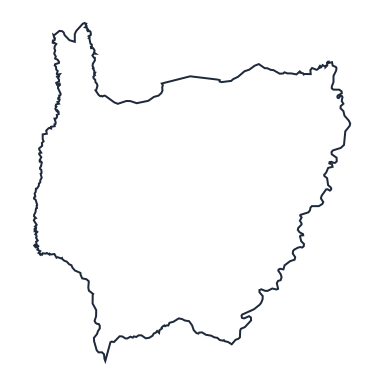 the district of Ribeirão Cascalheira, Mato Grosso, Brazil
{"feature_id": "56859067B50708946620242", "entity_name": "Ribeirão Cascalheira", "entity_type": "district", "adm_level": 2, "iso_a3": "BRA", "parent_name": "Brazil", "parent_adm1": "Mato Grosso", "projection": "mercator", "projection_center": [-51.621, -12.878], "detail": "fine", "context": "isolated", "style": "outline", "palette": "slate", "viewbox_px": 384, "rotation_deg": 0, "n_neighbors": 0, "source": "geoboundaries", "source_scale": "gbopen_adm2", "svg_char_len": 5688}
<svg xmlns="http://www.w3.org/2000/svg" viewBox="0 0 384 384"><path d="M53.5,34.9L54.3,38.0L55.0,38.3L54.6,40.1L52.9,40.5L52.7,42.7L53.3,43.0L53.6,42.3L56.3,44.0L54.8,46.1L54.4,48.5L55.2,50.5L54.2,53.6L55.8,56.5L55.1,58.5L57.7,59.8L59.1,62.1L58.9,63.0L55.1,64.2L54.7,65.3L56.0,66.8L56.2,69.5L57.7,71.0L56.8,73.9L57.2,74.6L59.8,74.2L58.7,75.7L59.0,76.6L57.2,76.9L59.1,79.8L59.0,81.4L56.2,82.9L57.1,84.8L59.6,83.7L60.0,84.8L58.0,86.8L58.0,88.1L60.7,93.9L60.3,95.2L59.2,95.5L59.4,97.2L58.5,97.6L58.1,98.8L59.6,99.4L59.1,101.3L57.5,102.0L58.9,103.7L56.3,104.3L55.8,105.1L55.7,106.3L56.4,106.6L55.3,108.7L56.4,110.8L57.2,111.5L57.5,110.6L58.5,111.7L58.7,114.1L56.8,114.9L57.0,117.1L56.0,118.5L54.5,118.6L55.7,122.3L55.4,124.1L54.5,124.3L54.7,126.2L51.0,126.8L51.1,128.5L49.2,127.9L48.4,128.4L46.2,130.7L46.8,133.7L42.7,134.4L42.7,139.1L43.6,141.3L41.9,143.0L42.2,145.8L39.2,148.3L39.2,149.5L41.2,152.7L39.4,153.2L39.1,154.1L41.3,157.2L39.6,160.3L39.9,162.5L40.4,161.0L41.8,162.4L41.0,166.3L40.1,167.6L40.1,169.0L41.2,169.8L41.5,171.1L41.5,173.1L40.6,173.8L41.7,177.7L40.3,180.2L40.2,182.4L38.9,183.6L38.8,185.8L37.0,188.5L35.9,188.7L35.7,191.9L34.6,193.5L35.3,196.6L34.1,197.5L34.0,198.6L35.6,199.7L37.2,205.0L36.6,205.7L37.0,208.0L36.0,208.4L35.5,212.1L34.1,214.9L34.0,216.2L35.9,218.1L34.7,218.7L33.8,220.4L36.7,224.9L35.0,226.6L36.1,227.4L36.0,228.5L34.6,228.9L34.6,230.8L35.5,230.3L35.2,231.4L36.0,232.1L36.7,231.4L37.3,231.9L35.3,234.3L36.3,235.1L36.6,236.7L36.0,237.7L37.7,240.6L36.1,241.7L36.6,244.5L34.8,244.8L34.2,245.6L35.5,247.1L36.7,245.6L37.5,245.4L38.3,246.1L37.1,247.5L38.0,248.7L37.4,249.7L40.2,251.1L38.6,252.9L39.9,253.4L39.9,254.4L40.7,254.9L41.1,254.2L42.2,254.6L42.6,253.3L45.9,253.6L46.8,253.0L49.4,254.5L49.7,253.8L50.7,254.5L54.4,254.0L56.5,257.7L57.6,257.2L61.1,258.4L62.0,258.0L62.2,258.9L64.1,260.6L66.8,261.7L69.3,264.4L71.4,265.2L72.5,267.7L74.9,270.5L80.4,272.9L80.6,274.8L82.2,278.4L86.4,279.2L88.8,281.3L88.3,287.7L88.9,290.7L93.2,294.0L92.7,294.9L92.6,303.5L96.2,310.1L96.1,316.2L94.6,320.9L95.6,322.9L97.2,323.9L98.7,324.0L99.7,325.5L99.8,328.4L97.9,331.3L97.0,334.1L93.9,337.9L94.1,341.2L96.7,350.3L98.5,352.3L102.0,352.3L104.0,354.3L104.5,358.9L105.3,361.0L110.4,342.3L111.5,341.6L114.0,342.0L119.6,336.3L122.2,336.4L125.6,338.5L127.4,338.4L130.4,336.7L132.8,337.6L133.9,336.4L136.3,337.0L138.5,335.4L140.3,335.3L141.6,335.4L145.7,338.3L149.2,337.8L152.6,335.7L153.7,333.6L155.8,332.7L157.1,331.0L159.1,332.9L159.4,330.3L161.9,328.5L161.6,327.6L162.9,326.3L164.4,325.4L165.1,326.2L167.0,325.3L168.3,325.5L169.5,322.8L173.3,321.8L178.8,318.4L182.2,319.1L184.8,320.5L189.1,321.2L192.1,325.4L193.7,330.1L196.5,333.1L198.4,333.6L199.2,332.6L202.0,332.4L206.0,334.8L211.3,335.7L213.9,337.2L217.4,337.9L219.7,340.0L223.1,340.7L223.9,340.2L224.7,341.2L228.1,342.0L231.7,344.3L235.6,339.8L238.5,338.7L239.9,337.4L240.2,330.5L240.9,328.8L244.9,327.1L251.1,320.4L250.9,317.5L249.1,316.2L244.1,318.4L242.0,317.9L241.5,315.8L242.1,314.6L253.9,309.3L259.7,304.7L261.2,302.7L262.6,299.2L262.7,296.0L259.5,292.3L259.4,290.1L261.3,289.3L265.3,290.9L267.5,290.9L272.3,288.5L276.5,289.5L278.1,288.8L276.8,283.1L278.1,280.9L280.6,280.2L281.6,277.2L280.7,274.2L278.3,270.7L278.6,269.5L280.1,268.8L283.4,269.4L284.6,265.3L290.2,261.1L294.6,259.7L295.2,257.2L292.8,253.6L293.0,251.2L294.0,249.8L297.8,247.7L300.1,247.1L302.3,247.5L303.7,246.3L304.0,244.0L301.2,241.2L300.0,236.3L300.7,235.5L303.2,235.3L303.0,234.1L299.6,232.3L297.8,229.9L298.3,227.9L301.5,224.6L301.6,223.6L299.9,220.7L301.6,217.4L300.2,215.7L300.4,214.9L308.5,212.3L310.0,210.2L310.5,207.6L311.9,206.1L318.9,206.1L322.3,204.0L323.3,202.1L320.9,198.4L321.6,195.8L326.2,189.3L327.6,189.3L329.9,190.6L330.9,189.8L331.3,188.7L330.8,187.5L328.1,185.1L327.1,178.2L324.4,176.0L324.1,175.0L326.2,172.5L328.2,167.9L332.6,166.8L332.0,164.4L329.3,163.4L329.6,162.1L331.3,161.8L334.0,162.9L335.2,162.8L336.7,161.4L336.6,157.7L331.8,154.3L331.5,152.1L332.9,150.4L340.8,147.9L344.0,144.9L345.3,131.3L349.6,126.0L350.2,123.5L348.8,120.6L344.5,115.7L343.4,111.1L340.5,108.3L340.7,106.1L343.4,103.8L341.7,101.0L342.5,97.1L341.8,96.0L340.6,95.8L338.7,98.1L337.8,97.9L337.3,96.9L337.7,95.6L341.8,93.3L341.6,91.4L339.3,89.7L333.3,89.6L331.8,88.4L331.8,86.5L333.5,82.0L333.5,75.9L336.1,70.7L336.5,68.0L335.8,66.9L332.7,65.6L332.0,62.2L329.0,62.9L328.9,61.7L328.0,61.7L327.0,62.7L327.3,65.4L325.6,67.1L325.7,65.8L324.6,66.3L322.6,65.1L321.4,67.0L320.0,65.8L319.4,66.5L320.2,68.5L319.1,67.5L317.6,69.4L316.5,69.8L312.1,68.0L310.4,70.1L310.7,74.1L304.6,74.0L303.7,74.5L303.2,73.4L300.2,72.7L300.5,72.0L299.8,71.4L296.5,74.4L291.2,73.4L287.3,73.4L284.6,72.3L283.1,73.5L279.7,73.7L273.4,70.1L270.9,69.9L267.2,68.2L264.8,68.2L258.8,64.1L254.7,65.7L249.2,69.7L244.6,71.2L237.9,76.9L233.2,79.1L231.2,80.9L221.6,82.1L219.6,81.5L219.8,80.2L217.7,79.6L190.2,76.3L161.8,83.5L162.8,85.2L162.2,87.6L162.5,90.6L161.3,93.1L158.6,95.6L153.9,96.9L148.3,100.8L136.7,103.2L130.4,101.1L126.3,101.0L117.8,103.8L114.3,102.4L105.5,96.0L104.2,95.6L102.4,96.5L101.5,95.9L100.3,96.2L98.6,94.9L95.5,90.3L96.2,90.0L97.5,85.8L96.8,83.6L95.5,82.2L95.2,79.8L93.7,78.4L93.3,76.8L94.9,75.2L94.2,74.6L95.1,72.8L94.2,72.8L94.4,71.1L92.9,68.4L93.6,68.0L92.6,66.0L92.8,63.9L94.9,60.4L94.8,57.8L93.8,57.6L92.4,55.4L93.7,53.6L95.6,53.7L94.0,52.5L94.6,50.6L93.8,49.1L93.0,48.1L91.1,48.2L90.9,46.9L91.9,46.9L91.8,44.6L90.4,43.6L89.5,38.7L88.8,38.2L89.6,37.5L89.5,36.5L88.8,36.1L90.9,34.8L90.6,32.0L89.8,31.1L87.8,31.2L87.2,30.0L88.1,29.6L87.0,27.9L85.1,27.3L86.6,26.0L85.8,24.9L86.2,23.8L85.3,23.8L84.8,23.0L82.8,23.7L76.2,31.0L74.8,34.1L74.8,41.8L69.5,40.2L64.6,35.1L63.7,32.5L62.2,31.2L59.4,30.9L54.1,35.3L53.5,34.9Z" fill="none" stroke="#1e293b" stroke-width="2"/></svg>